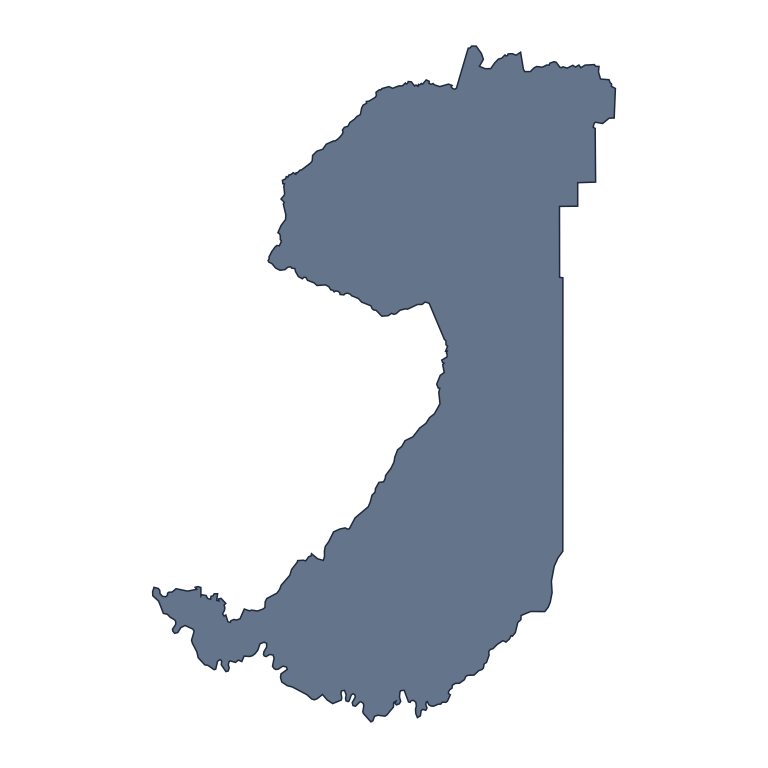 outline of Alta Floresta D'Oeste, Rondônia, Brazil
{"feature_id": "56859067B53124283675112", "entity_name": "Alta Floresta D'Oeste", "entity_type": "district", "adm_level": 2, "iso_a3": "BRA", "parent_name": "Brazil", "parent_adm1": "Rondônia", "projection": "robinson", "projection_center": [-62.42, -12.473], "detail": "fine", "context": "isolated", "style": "filled", "palette": "slate", "viewbox_px": 768, "rotation_deg": 0, "n_neighbors": 0, "source": "geoboundaries", "source_scale": "gbopen_adm2", "svg_char_len": 6023}
<svg xmlns="http://www.w3.org/2000/svg" viewBox="0 0 768 768"><path d="M542.3,67.2L536.8,66.5L534.1,67.8L530.3,71.6L524.6,71.6L523.4,69.1L520.6,52.2L516.1,55.2L512.4,53.7L508.1,53.9L507.5,55.4L506.2,56.0L505.0,54.9L501.6,58.3L498.5,59.0L494.7,62.9L490.8,68.6L485.1,68.7L479.4,66.3L483.4,59.4L481.4,53.4L476.2,46.1L471.6,46.1L470.1,47.9L468.2,48.2L456.4,88.2L454.7,89.3L452.3,88.2L451.1,86.9L452.2,85.5L448.5,84.1L439.8,86.6L434.5,84.9L433.0,83.5L431.2,84.3L429.1,83.5L429.2,81.3L426.2,79.9L422.6,84.2L421.3,83.4L419.7,84.9L418.5,84.4L418.0,86.3L416.0,85.0L414.6,86.0L411.3,81.8L408.2,81.5L407.6,83.3L406.4,84.0L405.4,83.0L402.3,85.9L398.7,85.9L392.6,88.3L388.9,86.6L381.8,88.6L381.0,89.9L379.1,89.9L376.0,92.3L376.3,95.7L375.3,97.3L369.0,101.1L366.3,101.5L366.5,103.4L363.1,105.1L361.6,108.2L360.3,114.7L356.8,116.5L354.4,119.3L350.0,122.3L347.9,126.3L344.4,127.3L342.4,130.1L343.1,131.8L342.2,134.4L338.4,138.6L335.1,141.0L333.6,140.9L326.2,144.2L322.8,149.2L316.8,151.2L312.6,155.4L312.2,160.9L310.7,162.9L301.5,169.9L299.9,170.2L297.4,172.8L296.1,172.7L295.8,174.3L293.2,172.7L291.1,174.5L288.8,175.1L287.9,177.0L286.3,176.6L285.6,178.8L282.4,180.3L282.8,183.7L284.4,183.8L283.8,186.5L284.6,193.4L284.4,194.9L281.0,199.0L284.3,202.4L283.3,203.9L285.8,214.7L285.6,219.4L281.1,225.4L277.9,232.7L279.4,233.6L280.3,235.6L280.3,239.7L281.4,240.8L280.3,243.8L279.3,245.8L276.8,245.5L275.0,247.1L271.8,251.5L269.0,256.9L269.2,258.6L268.1,260.5L268.7,262.0L272.0,263.7L275.7,268.1L280.0,270.3L285.1,269.6L287.8,267.2L290.7,266.8L291.6,268.1L294.9,268.6L295.5,271.5L298.3,276.5L302.3,278.8L303.9,277.3L305.8,277.4L307.6,280.4L314.2,282.9L317.0,285.5L325.5,284.9L328.8,286.7L330.8,289.9L332.9,290.2L334.2,291.9L335.7,290.9L338.2,291.4L339.8,292.8L340.1,294.5L343.9,294.9L344.8,293.8L347.5,293.1L350.4,294.3L351.5,295.7L358.5,298.6L361.6,302.1L370.9,305.8L372.0,308.4L373.5,309.9L376.2,310.4L381.8,316.2L388.2,315.7L391.5,313.3L393.7,314.3L396.1,313.7L399.9,310.3L405.4,308.8L407.5,309.2L417.5,304.5L422.2,304.4L425.1,302.0L429.2,303.3L444.4,339.5L445.9,340.7L446.0,344.8L447.6,346.3L445.6,351.2L447.3,351.0L446.4,352.9L447.2,354.4L447.0,357.0L441.7,360.1L442.6,362.4L444.1,363.2L442.7,364.7L444.2,372.5L440.2,375.4L436.7,384.2L438.2,388.0L439.8,388.3L438.8,392.2L440.0,403.8L434.4,413.8L429.5,417.7L425.9,423.4L419.8,427.9L413.0,436.8L405.1,440.6L401.8,446.4L397.6,449.8L394.8,457.1L394.0,462.1L390.9,468.4L385.6,475.4L385.2,478.5L383.6,481.8L378.9,482.4L375.5,488.5L375.0,492.3L372.0,495.2L370.2,502.2L368.2,506.8L355.1,517.8L349.4,528.6L347.8,529.2L345.1,527.9L339.9,529.0L333.6,531.8L328.8,541.5L325.3,546.5L324.4,550.9L324.5,556.5L323.3,560.4L317.7,558.8L311.5,553.7L311.0,556.0L308.7,556.7L305.7,560.9L303.3,560.2L297.6,560.6L297.3,562.1L291.6,569.4L289.8,575.3L281.2,585.2L279.6,589.5L277.0,593.1L266.8,598.5L265.2,601.7L264.9,607.5L263.3,608.9L257.5,611.0L251.7,610.1L249.2,610.8L244.3,609.0L240.0,618.8L236.0,620.1L234.0,619.4L230.9,620.7L230.3,622.4L227.9,621.7L225.8,615.0L224.1,616.1L222.6,613.9L224.4,610.5L224.9,607.7L224.1,605.1L225.8,603.4L221.0,598.3L218.5,599.0L218.9,600.9L216.7,600.4L217.6,593.7L214.2,593.8L212.9,595.9L211.0,596.3L210.6,599.3L207.6,598.4L206.1,595.5L201.8,594.8L200.9,596.0L200.9,587.5L197.9,586.6L195.1,587.3L196.7,589.3L187.5,591.1L176.0,588.7L172.2,592.0L168.6,592.3L167.6,593.2L167.4,595.3L165.8,596.7L162.5,596.4L160.0,593.5L159.8,590.5L158.4,588.5L154.0,587.3L152.6,591.8L152.8,595.8L158.6,601.1L163.4,613.4L167.4,614.3L170.2,617.3L174.7,619.9L175.8,622.0L175.6,624.6L172.5,629.2L172.8,631.1L174.6,633.3L177.7,632.6L180.9,627.6L185.1,625.5L192.9,629.1L194.1,631.4L191.5,640.3L192.5,643.5L196.8,651.7L198.2,657.7L204.8,664.9L208.0,665.4L214.1,669.7L215.7,669.2L217.6,661.3L220.0,659.6L221.6,660.8L221.3,664.8L225.9,671.6L228.2,671.0L229.2,667.9L228.3,664.7L229.0,661.8L230.0,660.9L235.5,662.4L238.4,660.1L241.8,661.6L244.1,656.1L249.6,656.5L252.5,655.7L255.3,653.5L257.9,650.0L260.0,643.8L264.1,642.2L266.6,643.3L266.7,646.9L263.9,651.8L263.5,654.6L264.2,655.9L266.1,656.6L269.6,654.5L273.0,655.0L274.1,658.0L272.5,666.3L274.1,668.6L275.8,669.5L278.2,669.2L282.7,666.2L286.3,666.9L287.3,669.4L281.0,673.9L280.5,677.4L281.7,681.9L287.3,685.7L292.4,687.0L306.8,694.6L311.7,699.0L314.5,699.8L317.4,698.6L322.5,694.5L327.1,699.9L332.7,703.6L341.2,700.1L341.8,697.9L341.0,693.4L341.4,691.0L344.5,690.3L346.2,694.9L345.5,698.4L346.0,700.8L348.1,701.6L349.2,700.7L351.2,695.1L353.0,693.7L354.8,694.8L355.3,697.0L352.2,702.7L353.0,705.6L355.5,706.2L359.7,702.1L361.0,701.7L363.3,703.5L363.8,705.8L362.8,711.8L363.5,713.6L370.9,721.9L372.9,720.8L374.5,716.4L377.8,715.2L384.9,716.2L387.0,714.8L393.4,707.1L393.7,702.5L396.0,701.1L395.2,703.4L396.3,704.9L399.2,703.9L400.7,701.5L399.5,697.0L399.9,692.2L400.6,690.7L404.2,690.3L408.5,701.9L410.2,702.3L411.0,700.8L413.2,700.3L415.8,702.1L416.3,706.0L415.5,709.5L415.8,713.6L417.4,717.6L420.4,715.8L421.1,710.8L422.7,709.4L425.7,710.3L427.0,708.0L425.8,704.6L426.2,702.3L427.3,701.5L428.7,704.6L430.8,706.0L433.6,706.2L438.2,704.2L440.8,704.1L442.2,702.2L445.9,702.3L447.4,701.2L450.3,694.8L448.5,693.5L448.5,691.9L449.7,689.8L452.0,688.2L452.4,685.1L455.5,683.4L459.5,683.2L464.4,679.7L465.8,676.4L467.8,675.3L474.0,675.1L478.9,670.6L482.0,669.5L483.4,668.1L484.1,664.0L486.5,662.4L489.1,655.1L488.7,651.5L490.3,649.5L493.1,648.6L497.2,644.4L502.9,640.7L506.0,642.1L509.5,638.9L511.1,635.7L512.4,636.2L515.3,632.7L517.8,622.5L520.9,619.7L521.1,615.5L530.7,611.5L544.8,611.6L548.2,607.2L550.2,602.4L552.1,592.7L551.4,581.2L554.2,566.3L558.0,557.9L562.8,551.3L562.9,277.8L559.6,277.3L559.5,206.4L577.7,206.2L577.7,182.7L595.6,182.1L595.2,128.4L593.2,127.4L594.0,123.7L595.3,122.2L602.6,123.5L609.1,118.2L614.2,118.0L615.4,88.5L611.4,86.3L611.6,84.1L610.0,82.4L609.0,79.7L600.5,79.0L598.5,72.0L599.0,66.4L595.6,66.3L594.4,64.6L585.1,65.1L580.8,67.7L578.9,65.0L575.5,67.1L572.8,65.3L567.2,68.1L563.0,66.8L561.3,67.7L559.9,67.2L556.1,62.2L554.1,61.7L550.0,63.1L549.1,65.1L546.7,65.0L542.3,67.2Z" fill="#64748b" stroke="#1e293b" stroke-width="1.5"/></svg>